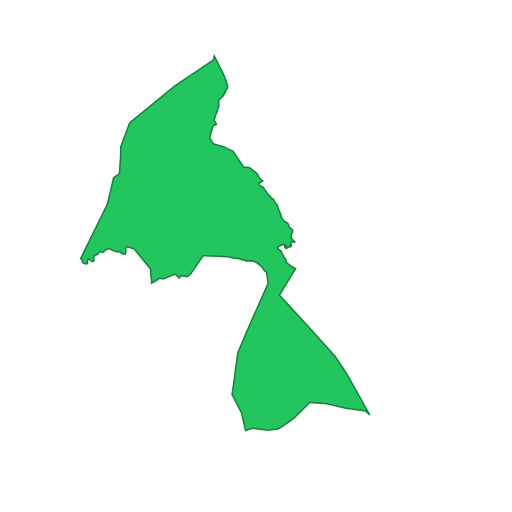 the district of San Francisco Cahuacuá, Oaxaca, Mexico, rotated 296°
{"feature_id": "50627088B44636472073228", "entity_name": "San Francisco Cahuacuá", "entity_type": "district", "adm_level": 2, "iso_a3": "MEX", "parent_name": "Mexico", "parent_adm1": "Oaxaca", "projection": "equal_earth", "projection_center": [-97.354, 16.831], "detail": "fine", "context": "isolated", "style": "filled", "palette": "green", "viewbox_px": 512, "rotation_deg": 296, "n_neighbors": 0, "source": "geoboundaries", "source_scale": "gbopen_adm2", "svg_char_len": 5116}
<svg xmlns="http://www.w3.org/2000/svg" viewBox="0 0 512 512"><g transform="rotate(296 256 256)"><path d="M383.5,114.4L373.3,108.5L320.4,84.1L297.3,86.3L295.2,86.5L292.3,87.8L285.7,90.8L270.0,97.2L264.1,93.7L237.4,99.7L176.6,99.5L176.6,101.1L176.6,101.5L176.3,101.9L176.1,102.1L175.5,102.2L174.9,102.3L174.3,102.7L174.0,104.7L174.2,106.2L174.8,107.4L175.5,107.8L177.5,106.7L178.6,106.8L180.1,106.6L180.3,107.1L179.6,109.0L179.1,110.8L179.4,111.6L180.0,112.3L180.8,112.3L181.6,112.0L183.0,111.2L184.5,110.7L185.0,110.2L185.3,110.2L186.3,111.0L187.1,111.7L187.3,112.4L188.2,113.0L189.2,113.3L190.1,113.3L190.7,113.5L191.6,113.9L191.9,116.0L192.0,116.7L192.3,116.9L192.6,117.1L196.1,118.3L196.6,119.1L197.2,119.7L197.5,119.9L197.7,120.2L198.1,121.1L198.3,121.6L198.4,122.2L198.4,122.7L198.3,123.4L198.1,124.5L198.2,125.0L198.4,125.6L198.5,126.5L198.5,127.6L198.6,128.2L198.8,129.1L198.9,129.4L199.2,130.0L199.4,130.3L199.8,130.6L200.0,131.0L200.0,131.5L199.9,132.3L199.9,133.0L199.5,133.8L199.3,134.3L199.3,134.6L199.4,135.4L199.5,135.8L199.9,136.9L200.2,137.6L200.6,137.6L201.0,137.6L201.6,137.5L202.5,137.1L203.2,136.9L203.7,136.7L204.6,136.1L204.9,135.9L205.7,135.6L206.1,135.7L206.5,135.6L206.9,135.6L207.5,135.8L207.6,136.0L208.0,136.9L208.0,137.3L208.3,138.1L208.5,138.8L208.4,139.6L208.4,140.7L208.5,141.4L208.9,142.1L209.2,142.4L209.3,142.7L197.9,167.1L194.8,168.7L190.6,171.1L190.2,171.4L188.3,173.0L185.7,174.0L190.2,177.0L193.7,179.1L194.9,182.9L204.4,191.3L202.5,196.6L205.6,197.5L207.1,202.8L207.2,203.1L211.0,205.1L233.1,208.4L237.8,219.0L243.3,231.8L243.7,233.9L244.0,235.3L244.2,235.7L244.1,236.1L244.1,237.0L244.4,237.3L245.0,238.3L245.3,239.6L245.6,239.7L245.7,240.5L245.8,240.8L246.0,241.0L246.2,241.3L246.4,241.6L246.0,242.1L246.2,243.0L246.7,243.5L246.3,244.6L246.5,245.5L246.7,245.8L246.9,245.9L247.0,246.1L246.8,246.3L247.0,246.9L247.2,247.1L247.4,247.3L247.5,247.5L247.5,247.8L247.4,248.1L247.2,248.6L247.2,249.0L247.2,249.4L247.4,250.0L247.6,250.1L247.8,249.9L248.1,250.0L248.2,250.3L248.2,250.7L248.1,251.0L248.2,251.3L248.2,251.5L248.3,251.5L248.5,251.9L248.5,252.2L248.7,252.3L249.0,252.5L249.2,253.3L249.3,253.1L250.0,254.4L250.3,260.3L249.4,263.4L248.8,265.7L248.2,267.6L247.9,268.0L247.6,268.3L247.1,268.8L246.2,271.0L246.0,272.6L236.8,278.9L184.1,280.8L161.1,282.1L142.7,288.1L134.7,290.9L121.1,295.1L108.6,311.8L94.6,323.1L99.6,328.4L104.7,343.0L110.2,351.7L115.0,354.8L127.4,361.4L146.9,368.2L147.7,368.1L154.0,383.5L158.6,403.6L164.7,422.2L163.0,427.9L190.5,388.3L200.5,371.1L215.8,333.2L217.9,327.8L231.1,294.2L262.1,297.1L262.0,295.4L262.2,293.7L262.3,291.7L262.5,290.2L262.8,289.0L263.2,288.1L263.4,286.9L263.8,286.2L264.3,285.5L264.6,285.0L265.0,284.9L265.6,284.8L266.3,284.0L266.7,282.9L266.9,282.3L267.2,281.8L267.6,281.1L268.2,280.6L268.6,280.1L269.0,279.4L269.4,278.7L269.7,278.2L270.3,277.5L270.9,277.0L271.5,276.1L271.7,274.8L271.8,273.8L272.1,272.9L272.5,272.2L273.6,272.0L275.1,272.4L275.7,273.0L276.5,273.9L277.2,274.4L277.8,274.9L278.3,275.3L278.5,275.9L278.6,276.8L278.7,277.3L278.7,278.0L278.7,278.4L278.2,278.7L277.7,278.3L277.3,277.5L276.8,277.7L276.2,278.9L276.0,279.6L276.0,280.1L276.6,280.4L277.3,280.5L278.0,281.0L278.3,281.5L278.8,282.2L279.1,282.5L279.7,283.2L280.1,283.4L280.3,282.4L281.3,282.9L282.0,282.4L282.5,281.9L283.1,281.4L283.6,281.0L284.2,281.2L284.6,281.8L284.6,283.0L285.0,284.0L285.8,284.7L287.4,279.7L288.1,279.5L288.7,279.4L289.3,278.8L289.9,278.7L291.0,278.4L291.4,278.3L292.5,278.5L293.2,278.4L293.9,278.1L295.3,277.6L295.9,276.5L296.0,275.2L296.2,274.1L296.7,273.0L297.3,272.6L297.9,271.8L299.5,270.1L299.5,268.8L299.6,267.2L299.7,266.0L300.0,265.0L300.7,264.1L301.4,262.7L302.1,261.9L302.5,261.4L303.7,260.6L304.2,259.9L305.0,259.2L305.6,258.2L306.7,257.2L307.4,256.4L308.4,255.0L309.7,254.1L310.5,253.5L310.9,252.9L311.4,251.9L312.0,250.6L312.7,249.8L313.0,248.8L314.6,247.1L314.5,246.2L314.3,245.4L314.6,245.2L315.1,244.8L315.0,243.9L315.3,243.0L315.8,242.5L316.2,242.1L316.3,241.1L316.7,240.5L316.7,239.7L317.9,237.7L318.1,237.1L318.6,236.8L318.8,235.9L319.2,235.0L319.5,234.2L320.1,233.6L320.8,233.0L320.9,232.1L321.0,230.9L321.0,229.7L320.9,228.9L321.0,227.6L322.1,226.7L322.6,227.0L323.8,227.6L326.4,229.2L326.6,228.3L326.7,227.2L327.1,226.4L327.7,224.9L328.3,223.8L328.8,223.1L329.7,222.2L330.1,221.8L330.4,220.9L330.8,219.5L331.2,218.0L331.4,217.3L331.5,216.1L331.8,214.6L332.2,213.7L332.4,212.5L332.4,211.3L332.2,210.3L331.9,209.1L331.5,208.6L331.5,208.4L331.1,207.6L330.7,207.2L330.3,206.3L340.2,189.2L339.9,185.0L339.8,184.1L339.8,183.6L339.8,182.2L340.0,181.1L340.1,180.4L338.2,168.7L341.5,162.8L351.6,160.7L353.7,160.3L357.1,162.7L359.7,158.7L374.1,157.0L380.0,154.0L381.1,154.6L381.6,154.9L382.3,155.3L383.3,155.6L384.3,155.7L385.1,156.3L385.8,156.2L387.1,156.4L388.1,156.5L389.1,156.5L390.6,156.3L390.9,156.5L391.6,156.4L393.0,156.6L394.2,156.7L395.1,156.6L395.6,156.2L396.4,155.8L397.6,155.0L398.1,154.6L398.5,153.8L399.7,152.8L401.0,151.6L402.1,150.3L403.1,149.4L403.7,148.8L404.3,147.8L405.7,146.3L415.3,133.7L417.4,130.9L413.5,131.8L410.1,129.8L383.5,114.4Z" fill="#22c55e" stroke="#15803d" stroke-width="1.5"/></g></svg>